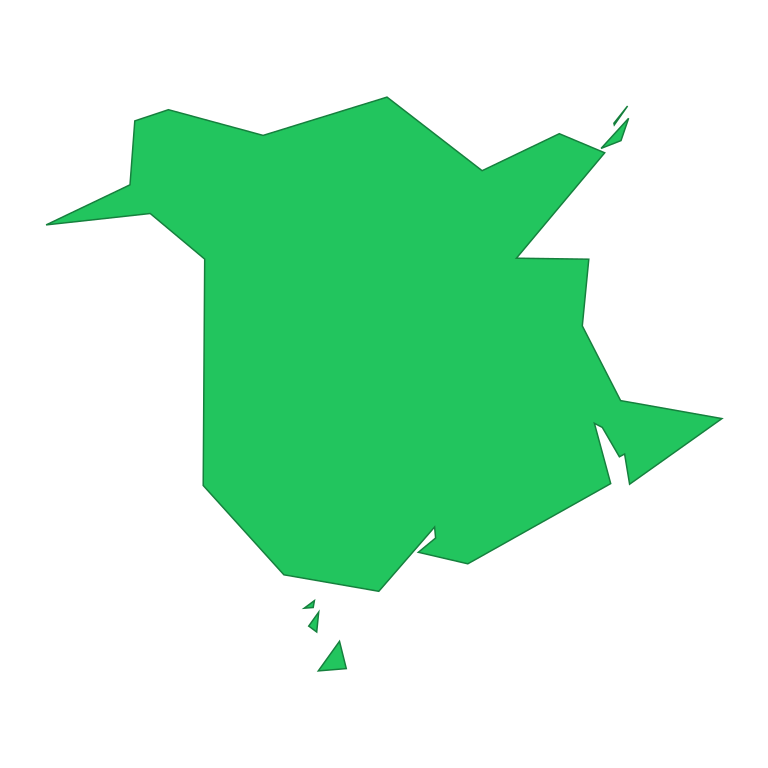 map outline of New Brunswick (Equal Earth projection)
{"feature_id": "CAN-684", "entity_name": "New Brunswick", "entity_type": "Province", "adm_level": 1, "iso_a3": "CAN", "parent_name": "Canada", "parent_adm1": "", "projection": "equal_earth", "projection_center": [-65.996, 46.339], "detail": "coarse", "context": "isolated", "style": "filled", "palette": "green", "viewbox_px": 768, "rotation_deg": 0, "n_neighbors": 0, "source": "natural_earth", "source_scale": "10m", "svg_char_len": 735}
<svg xmlns="http://www.w3.org/2000/svg" viewBox="0 0 768 768"><path d="M283.9,574.8L203.2,485.5L204.7,259.1L150.2,213.5L46.1,224.9L130.0,184.8L134.8,120.9L168.4,109.7L263.1,135.4L387.0,97.1L482.1,170.7L559.3,133.7L604.7,152.8L516.4,258.2L588.8,259.2L582.3,325.9L620.6,400.6L721.9,418.6L629.6,484.2L624.6,454.0L619.4,456.8L602.3,427.4L594.4,423.3L610.7,483.6L467.8,563.8L418.3,552.3L435.6,538.0L434.6,527.0L378.8,591.3L283.9,574.8ZM318.3,670.9L339.5,641.3L346.3,668.6L318.3,670.9ZM601.1,148.4L628.6,118.3L621.0,140.6L601.1,148.4ZM613.9,123.2L627.6,106.0L614.3,124.9L613.9,123.2ZM318.7,612.1L316.7,632.0L308.7,626.1L318.7,612.1ZM313.2,607.5L304.2,608.2L314.4,600.6L313.2,607.5Z" fill="#22c55e" stroke="#15803d" stroke-width="1.5"/></svg>